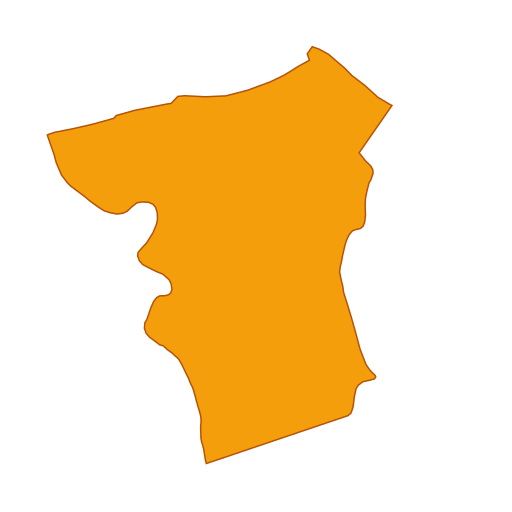 the district of Piaye, Saint Lucia, rotated 165°
{"feature_id": "8701671B45365250149949", "entity_name": "Piaye", "entity_type": "district", "adm_level": 2, "iso_a3": "LCA", "parent_name": "Saint Lucia", "parent_adm1": "", "projection": "albers", "projection_center": [-61.022, 13.757], "detail": "fine", "context": "isolated", "style": "filled", "palette": "amber", "viewbox_px": 512, "rotation_deg": 165, "n_neighbors": 0, "source": "geoboundaries", "source_scale": "gbopen_adm2", "svg_char_len": 2329}
<svg xmlns="http://www.w3.org/2000/svg" viewBox="0 0 512 512"><g transform="rotate(165 256 256)"><path d="M85.7,366.2L88.0,368.3L97.1,377.6L106.9,392.8L116.7,405.5L121.6,414.3L133.8,432.1L141.4,439.4L147.5,443.6L154.2,438.0L153.7,431.3L165.5,428.4L181.9,423.4L197.3,420.5L221.3,418.3L243.8,418.5L263.7,422.9L283.5,429.3L290.2,430.4L298.4,425.4L303.0,425.9L335.2,428.1L354.6,427.9L357.7,425.8L380.1,425.6L401.1,426.4L418.4,427.6L424.6,427.2L426.3,426.9L424.8,406.0L424.8,397.9L423.8,390.5L422.8,384.2L419.2,375.4L416.7,371.2L405.6,357.1L402.4,352.4L395.6,344.0L391.0,339.0L385.8,335.6L379.4,332.5L373.4,331.7L368.6,332.7L363.7,335.4L357.4,338.2L352.5,337.8L346.1,335.8L342.1,332.7L340.4,328.9L340.2,323.3L341.7,316.8L343.8,312.6L349.6,305.0L358.1,297.1L364.1,293.3L368.9,290.1L370.3,286.7L369.9,281.6L367.6,277.0L361.8,271.6L355.8,266.4L350.8,262.7L346.1,255.7L345.2,251.1L345.8,245.6L348.1,242.2L350.8,241.2L354.1,241.2L357.5,242.0L359.1,242.4L362.6,241.6L366.6,238.6L371.3,232.8L376.9,224.3L378.6,222.1L380.5,220.5L382.5,215.1L382.1,209.8L379.8,205.0L373.4,197.0L372.2,195.3L368.7,193.1L365.7,188.3L362.1,183.9L360.1,180.6L358.5,178.3L357.6,176.8L357.0,175.1L356.2,172.2L355.6,169.4L355.2,167.4L355.0,166.4L354.8,165.4L354.3,162.5L353.8,160.1L353.3,157.5L352.9,155.7L352.5,152.2L352.2,149.5L351.5,146.4L351.1,142.4L351.1,139.6L351.0,135.1L351.1,131.1L350.8,118.1L350.9,115.9L351.1,114.0L351.5,111.9L351.9,110.6L352.4,108.8L353.2,106.7L353.7,105.2L354.1,103.7L354.4,102.6L354.8,100.8L355.0,99.7L355.7,96.9L356.0,95.7L356.3,94.4L356.5,92.5L356.6,91.4L356.6,90.2L356.5,88.3L356.5,86.6L356.5,84.0L356.7,81.4L356.9,79.2L357.1,77.5L357.4,74.5L357.7,72.0L357.7,68.4L208.4,78.0L206.5,79.0L205.4,79.2L203.2,82.1L201.3,85.1L197.3,94.9L193.6,102.0L190.5,104.8L185.2,106.9L178.9,106.6L173.4,106.6L171.6,108.3L171.9,110.1L173.2,112.0L175.5,116.2L177.8,122.5L178.2,125.8L179.6,139.3L179.6,156.4L179.8,172.0L180.2,184.1L180.8,198.0L180.0,204.5L179.9,211.4L179.6,215.2L179.4,218.9L177.3,224.1L175.2,227.8L172.1,234.3L166.9,244.1L163.8,248.7L160.6,252.4L157.0,254.9L155.4,255.5L152.7,255.7L148.6,255.5L147.4,255.8L144.8,257.1L142.3,260.5L139.6,267.3L137.5,276.6L135.2,283.7L132.2,289.7L128.0,297.2L125.0,300.3L121.4,305.8L120.9,309.2L121.8,313.1L125.6,319.6L129.7,329.0L85.7,366.2Z" fill="#f59e0b" stroke="#b45309" stroke-width="1.5"/></g></svg>